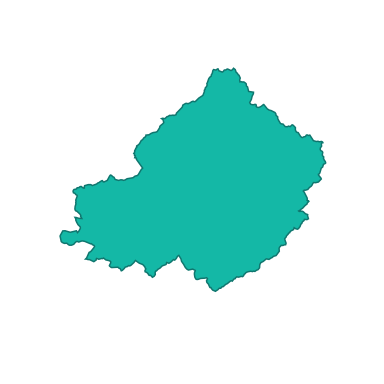 Lauricocha, Huánuco, Peru, rotated 243°
{"feature_id": "86281439B71968127202284", "entity_name": "Lauricocha", "entity_type": "district", "adm_level": 2, "iso_a3": "PER", "parent_name": "Peru", "parent_adm1": "Huánuco", "projection": "orthographic", "projection_center": [-76.689, -10.174], "detail": "fine", "context": "isolated", "style": "filled", "palette": "teal", "viewbox_px": 384, "rotation_deg": 243, "n_neighbors": 0, "source": "geoboundaries", "source_scale": "gbopen_adm2", "svg_char_len": 6024}
<svg xmlns="http://www.w3.org/2000/svg" viewBox="0 0 384 384"><g transform="rotate(243 192 192)"><path d="M271.2,198.2L269.7,199.0L266.7,198.4L266.1,197.1L265.4,193.8L264.8,192.9L264.0,192.4L261.9,188.9L261.6,188.2L261.8,186.7L262.6,184.4L262.8,182.2L262.5,179.7L263.6,176.8L262.8,176.3L262.2,175.0L262.1,173.6L261.1,171.8L260.9,170.1L258.9,167.2L258.3,165.3L258.2,163.7L257.7,163.3L257.3,163.5L257.0,163.2L256.4,161.6L255.4,160.9L255.2,160.0L254.5,159.4L253.8,159.3L252.7,157.6L252.1,158.1L250.7,157.4L250.0,157.9L248.6,156.6L248.3,157.3L247.6,157.7L247.1,157.4L246.9,157.6L246.6,157.4L245.6,157.4L235.7,158.9L235.0,156.9L231.9,152.1L231.5,150.8L232.0,148.4L231.5,145.9L233.3,140.2L233.1,137.8L233.5,136.2L234.4,135.4L235.2,134.1L235.6,131.9L238.1,129.2L240.5,129.2L241.7,128.3L243.1,127.9L244.0,127.3L244.1,126.9L243.6,125.8L240.8,121.8L240.9,118.1L241.5,117.5L242.8,117.3L243.0,116.9L242.9,114.6L242.6,114.0L242.8,112.0L242.4,110.7L243.0,106.1L244.5,105.2L245.7,102.8L246.4,99.2L245.4,98.3L244.4,97.9L244.4,97.5L245.3,96.7L247.3,95.7L247.6,94.5L247.2,93.6L247.9,91.5L247.3,90.7L247.3,89.6L247.8,88.1L247.6,87.4L246.8,86.4L245.1,86.0L244.1,87.0L242.2,87.4L241.5,88.0L240.6,88.0L237.6,84.8L236.2,84.3L235.2,83.5L234.1,83.2L232.3,81.4L230.3,80.1L229.2,79.7L227.9,79.9L227.1,80.7L223.3,82.1L221.7,82.3L220.9,81.7L218.4,81.8L220.0,79.1L221.9,77.2L222.5,76.2L220.7,76.3L219.8,75.7L217.6,75.5L214.6,75.6L211.7,76.6L210.4,76.1L208.7,73.8L207.8,71.5L209.9,71.4L211.4,65.2L215.1,61.3L216.0,59.2L213.0,54.8L212.5,54.4L207.2,53.0L205.9,53.5L204.2,54.9L203.2,57.2L201.1,58.0L200.2,58.7L199.3,60.5L199.1,62.9L200.0,65.0L200.3,66.4L200.1,67.2L198.8,68.4L198.5,71.1L198.0,72.4L196.6,74.1L191.8,78.2L191.6,79.0L190.3,79.3L188.8,80.5L187.8,80.5L187.1,79.6L185.2,75.5L184.9,74.4L184.9,72.9L181.1,68.2L180.6,66.7L179.8,68.0L179.0,68.6L178.4,69.9L174.5,72.9L174.9,75.7L175.8,76.3L176.1,76.9L174.4,78.4L173.8,81.3L173.2,82.1L173.3,83.2L170.6,84.4L168.1,87.4L166.6,87.9L165.6,87.2L164.0,85.0L163.5,84.9L161.6,85.7L161.1,86.2L158.6,91.9L157.5,92.2L156.3,93.2L153.9,93.2L153.8,94.3L154.6,96.9L155.4,98.4L154.9,100.6L155.2,102.1L154.4,103.0L154.4,104.3L155.5,108.2L156.7,110.5L152.5,112.7L150.0,115.0L149.1,115.4L146.7,116.0L145.4,115.8L144.5,116.0L143.3,114.4L142.2,114.0L141.0,115.1L139.2,115.8L137.8,115.7L136.9,116.4L136.5,117.3L134.0,118.0L134.1,120.0L135.1,121.8L137.2,122.7L138.0,123.7L137.8,124.5L138.6,126.6L138.7,128.9L139.7,132.0L139.2,135.7L139.5,136.4L140.7,137.4L139.0,139.1L139.1,141.1L140.2,144.9L139.2,145.6L139.2,145.9L139.9,147.8L141.3,149.9L141.5,151.5L137.5,151.8L134.9,151.2L131.3,151.7L127.7,151.8L125.4,152.5L124.1,153.4L123.0,157.6L120.7,159.3L120.3,159.2L119.4,157.9L117.9,156.9L115.0,155.9L112.8,155.9L112.2,156.2L111.6,157.1L111.3,158.1L111.1,160.4L109.4,164.3L109.0,166.1L107.6,166.4L106.3,164.6L104.6,164.2L102.6,164.8L99.1,164.6L98.7,164.7L98.2,165.5L97.3,165.4L95.2,165.9L92.9,167.8L93.2,170.7L93.9,172.6L93.2,173.9L93.9,175.9L93.5,176.9L94.4,180.1L94.3,181.8L95.2,185.8L95.0,186.9L94.3,187.4L95.4,189.8L95.2,191.3L95.7,191.6L96.1,193.5L95.2,194.4L94.7,196.0L94.6,197.3L93.6,198.7L94.0,200.0L95.0,201.2L95.0,201.9L95.7,203.6L95.6,205.4L94.7,208.4L93.6,209.8L93.6,210.8L92.7,212.0L93.0,214.0L92.8,215.6L93.8,217.8L96.5,219.4L97.8,221.2L97.8,224.0L98.7,227.8L97.0,230.0L97.3,232.9L97.2,233.6L97.7,235.4L97.2,238.1L99.6,242.9L102.3,244.0L103.3,245.4L103.5,246.4L104.0,247.2L103.1,248.7L103.0,250.3L102.5,251.5L103.7,252.6L106.9,253.0L108.3,253.4L109.3,255.7L110.1,256.3L110.7,258.4L111.4,259.1L111.4,260.7L112.1,261.3L112.4,262.6L112.4,265.4L113.8,266.8L112.2,267.7L111.3,268.7L111.0,269.0L111.0,270.2L112.1,272.5L113.9,274.4L114.1,275.5L115.3,276.8L115.7,278.8L116.6,279.7L115.2,281.9L115.3,283.6L118.0,284.1L118.8,284.3L119.2,284.8L119.5,284.7L121.1,283.2L124.1,282.1L124.9,281.4L126.0,278.7L126.7,278.4L126.8,280.6L127.2,281.5L127.3,283.1L128.6,286.6L129.1,289.1L129.9,289.7L130.6,291.9L131.3,291.8L131.9,290.9L132.4,290.7L133.3,291.5L134.6,291.9L141.1,291.9L142.3,291.6L142.7,292.8L142.1,293.9L141.7,296.4L142.7,298.6L143.0,300.7L143.5,301.9L144.8,303.6L145.2,304.7L144.2,306.3L143.5,309.2L144.9,313.1L146.0,313.2L149.6,312.4L150.4,312.7L150.4,313.6L150.9,314.5L154.6,318.0L154.9,319.7L157.0,321.7L156.9,323.4L157.2,324.3L158.6,324.6L160.6,324.3L162.4,324.5L163.4,325.3L164.5,324.9L165.8,324.9L168.0,326.5L169.0,326.5L170.5,325.5L171.8,325.6L173.0,326.4L174.0,328.3L176.2,329.1L176.7,329.9L176.5,331.0L177.3,331.0L178.2,330.4L179.0,328.1L180.0,327.3L180.5,325.7L182.6,323.5L189.2,322.8L189.5,321.4L190.7,320.4L190.7,319.4L190.1,318.7L190.0,317.9L190.4,316.7L190.3,315.3L191.0,314.4L192.7,313.9L196.7,313.6L197.7,312.5L198.5,312.2L200.4,312.3L202.5,313.4L205.1,312.6L206.0,312.2L206.4,311.6L205.7,309.2L206.9,307.9L206.9,306.5L208.0,304.7L211.3,303.9L211.7,303.1L212.4,302.3L213.2,301.9L216.5,301.7L218.5,301.7L220.1,302.5L222.1,301.7L223.7,302.2L225.2,302.0L228.6,299.5L230.0,297.9L231.0,297.4L231.5,296.9L237.3,295.7L237.5,295.4L236.9,292.6L236.9,290.4L237.3,289.3L238.1,288.4L239.0,288.0L240.2,288.7L241.0,288.6L241.5,287.9L241.8,286.5L242.4,285.4L243.6,284.1L245.5,284.0L247.5,286.9L250.0,289.0L251.7,291.3L253.0,292.1L255.9,288.1L260.4,289.2L261.7,288.6L263.7,289.4L264.8,289.1L266.5,288.2L267.4,286.4L268.1,285.8L268.4,284.7L270.3,285.4L271.6,286.7L274.7,286.9L275.6,286.4L277.2,286.3L278.8,285.7L281.4,286.1L283.4,285.2L282.6,283.5L282.5,281.9L285.4,279.6L285.6,278.8L285.4,277.5L286.0,276.2L285.2,274.5L285.1,273.4L287.8,271.0L289.9,271.1L290.1,270.5L289.8,268.7L291.3,266.8L290.7,265.7L288.5,263.9L287.6,262.4L286.4,261.6L286.2,259.9L285.3,258.3L282.6,255.5L281.8,254.4L280.5,254.1L279.9,253.5L279.4,252.8L278.6,250.9L277.5,250.3L277.1,249.2L275.8,248.6L273.1,245.5L272.6,240.7L271.1,236.0L271.5,234.9L272.4,234.2L272.6,232.6L272.3,230.4L272.5,228.5L273.4,227.5L273.8,226.5L273.6,223.3L272.0,221.8L269.3,213.9L268.1,212.9L268.4,210.6L269.1,210.1L269.7,208.1L270.5,206.7L270.2,205.1L270.5,203.9L269.7,201.4L270.0,200.7L271.0,199.4L271.2,198.2Z" fill="#14b8a6" stroke="#0f766e" stroke-width="1.5"/></g></svg>